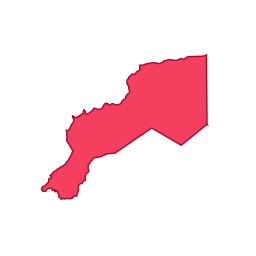 La Sorciere, Dennery, Saint Lucia, rotated 145°
{"feature_id": "8701671B33968538338102", "entity_name": "La Sorciere", "entity_type": "district", "adm_level": 2, "iso_a3": "LCA", "parent_name": "Saint Lucia", "parent_adm1": "Dennery", "projection": "albers", "projection_center": [-60.886, 13.974], "detail": "fine", "context": "isolated", "style": "filled", "palette": "rose", "viewbox_px": 256, "rotation_deg": 145, "n_neighbors": 0, "source": "geoboundaries", "source_scale": "gbopen_adm2", "svg_char_len": 5575}
<svg xmlns="http://www.w3.org/2000/svg" viewBox="0 0 256 256"><g transform="rotate(145 128 128)"><path d="M61.3,85.4L61.3,85.5L61.2,85.5L59.9,87.6L21.8,142.9L23.2,142.9L26.9,144.7L31.9,148.1L33.4,149.0L34.5,149.7L36.3,151.0L38.4,152.1L40.2,152.2L41.7,152.1L43.3,152.5L44.1,153.7L45.3,154.9L46.7,154.9L48.7,155.2L49.0,155.4L49.4,155.7L49.6,155.7L50.9,156.5L52.1,157.8L53.4,159.0L54.8,160.3L57.1,161.2L60.5,162.4L62.6,161.9L66.0,163.1L67.7,165.2L68.7,166.0L69.7,166.9L71.8,168.0L75.5,169.8L77.3,170.3L78.2,170.7L78.9,170.7L79.2,170.8L79.7,170.8L80.3,171.1L81.2,172.1L81.5,172.3L82.4,172.7L82.7,172.1L82.8,172.0L83.2,171.4L84.1,170.4L84.4,169.6L84.8,169.3L85.4,168.9L85.8,168.6L87.8,169.0L89.0,169.1L90.5,168.4L91.8,168.0L92.6,168.6L93.0,169.4L93.1,169.5L93.6,169.7L94.2,170.0L95.1,169.7L96.1,169.3L96.4,169.2L96.8,169.2L97.3,169.2L97.7,169.3L98.4,169.1L98.8,168.7L99.5,168.1L100.1,168.1L101.2,167.9L101.7,167.3L102.3,166.4L102.9,165.5L103.3,165.1L103.6,161.7L104.2,160.7L104.6,160.2L105.0,159.2L105.3,158.5L105.6,157.0L105.7,156.8L106.2,156.4L107.8,156.0L109.1,155.9L110.1,155.8L110.8,155.5L112.3,154.5L113.3,153.7L116.8,153.6L117.3,153.1L118.1,153.0L118.7,152.8L120.0,152.1L122.1,152.4L122.6,152.7L123.6,153.2L124.4,153.8L125.2,154.5L126.0,155.9L126.2,156.5L127.5,157.2L129.2,157.0L129.8,157.2L130.1,157.5L130.5,157.9L130.5,159.1L130.9,160.0L132.0,160.9L132.7,161.1L134.2,160.8L136.7,159.7L137.6,159.3L138.7,159.0L140.3,159.6L141.8,160.3L142.8,161.5L143.0,162.1L143.6,162.8L144.8,163.8L146.6,162.8L151.3,162.5L152.4,162.7L154.5,163.4L154.5,164.5L153.5,166.0L153.4,167.3L153.9,168.2L155.1,167.3L155.8,166.1L157.0,165.9L161.0,165.9L163.8,166.3L165.5,166.7L165.8,167.5L165.9,169.1L166.5,169.6L167.2,168.8L167.2,167.0L168.2,165.1L169.5,164.1L171.0,163.7L174.8,161.8L176.5,160.8L178.2,160.3L179.1,160.6L179.9,161.5L180.6,159.9L182.9,156.0L183.8,154.8L185.4,153.0L186.3,140.7L190.8,138.1L195.9,135.7L197.3,135.4L198.9,135.0L200.0,134.3L204.8,134.3L205.5,134.7L206.5,134.3L207.8,134.7L209.2,134.8L212.4,134.4L213.6,134.7L215.0,134.7L215.8,134.1L216.8,133.8L217.4,134.1L218.4,133.9L218.1,133.7L218.3,133.3L218.9,133.0L219.1,132.4L219.1,132.0L219.2,131.4L219.3,131.2L219.4,130.9L219.6,130.7L219.8,130.8L220.1,131.0L220.6,131.3L220.9,131.6L221.3,131.8L221.7,131.8L222.1,131.7L222.4,131.5L222.4,131.3L222.4,131.1L222.6,130.9L222.8,130.6L223.2,130.3L223.4,130.0L223.8,129.6L224.1,129.4L224.5,129.2L225.0,129.1L225.6,128.9L225.9,128.9L226.4,128.9L227.1,128.8L227.9,128.5L228.3,128.5L228.9,128.5L229.4,128.5L230.7,128.4L231.0,128.7L231.3,128.7L231.6,128.8L231.8,128.8L232.1,128.7L232.3,128.6L232.7,128.4L233.1,128.0L233.4,127.9L233.9,127.6L234.0,127.5L234.0,127.3L234.1,127.1L234.2,126.9L234.2,126.6L234.2,126.4L234.1,126.2L234.1,125.9L234.2,125.6L234.2,125.4L233.9,125.1L233.6,124.9L233.3,124.5L233.2,124.5L233.0,124.3L232.9,124.2L232.7,124.1L232.3,123.7L232.0,123.5L231.9,123.5L231.7,123.5L231.1,123.7L230.2,124.1L229.9,124.1L229.5,124.3L229.1,124.4L228.7,124.4L228.3,124.4L228.1,124.3L227.9,124.1L227.3,123.6L226.9,123.4L226.7,123.3L226.4,123.1L225.7,122.6L225.4,122.4L225.3,122.0L225.2,121.8L225.1,121.6L225.1,121.4L225.1,121.2L225.3,121.0L225.6,120.9L225.8,120.6L225.8,120.3L225.7,120.2L225.4,120.0L225.0,119.9L224.6,119.9L224.5,119.7L224.5,119.4L224.4,119.3L224.2,119.3L223.8,119.3L223.3,119.1L223.5,118.8L223.7,118.6L224.0,118.5L224.3,118.2L224.5,117.9L224.5,117.7L224.4,117.6L224.2,117.6L223.2,117.5L222.9,117.4L222.7,117.3L222.6,117.1L222.5,116.8L222.4,116.6L222.6,116.1L222.6,115.9L222.3,115.7L222.4,115.4L222.6,115.3L222.8,115.3L222.9,115.1L223.0,114.8L222.9,114.6L222.8,113.5L222.8,113.1L222.8,112.7L223.0,112.4L223.4,112.0L223.5,112.0L223.7,111.9L223.9,111.9L224.0,111.9L224.2,111.7L224.2,111.4L224.2,111.1L224.1,110.6L223.9,109.9L223.8,109.7L223.4,109.3L223.3,109.0L223.3,108.7L223.5,108.4L223.6,108.1L223.5,107.8L223.4,107.8L223.3,107.7L223.1,107.7L222.8,107.9L222.6,108.0L222.4,108.0L222.3,107.9L222.4,107.7L222.2,107.6L221.8,107.6L221.6,107.5L221.0,106.6L220.6,106.2L220.2,106.0L220.0,105.9L219.4,105.8L219.0,105.6L218.8,105.4L218.0,105.0L217.5,104.6L217.4,104.5L217.1,104.0L216.9,103.8L216.7,103.7L216.1,103.6L215.8,103.6L215.5,103.4L215.3,103.3L215.3,103.1L215.2,102.8L215.0,102.7L214.9,102.6L214.4,102.6L214.0,102.6L213.7,102.4L213.3,102.6L213.1,102.7L213.1,102.9L213.0,103.0L212.6,103.1L212.0,103.0L210.7,102.7L210.0,102.4L209.7,102.1L209.2,101.8L208.9,101.6L208.1,102.5L207.8,102.9L207.3,103.5L206.7,103.8L205.3,104.6L204.8,105.1L204.5,105.4L203.6,106.2L203.3,106.6L203.2,106.8L202.8,107.6L202.7,107.8L202.3,108.4L202.0,108.7L201.7,108.9L201.6,109.1L201.4,109.2L201.2,109.3L200.7,109.5L200.1,109.7L199.7,109.7L199.2,109.6L198.8,109.5L198.5,109.5L198.3,109.4L197.5,109.2L197.2,109.1L196.8,109.1L196.7,109.2L196.5,109.4L195.9,109.8L195.0,110.3L194.8,110.3L194.4,110.2L194.1,110.0L193.8,109.9L193.5,109.6L193.3,109.6L193.0,109.6L192.9,109.7L192.6,109.9L192.1,110.6L191.7,111.2L191.5,111.7L191.4,112.0L191.2,112.2L190.7,112.9L190.2,113.4L189.3,114.0L189.0,114.2L188.7,114.3L188.2,114.4L187.8,114.4L187.5,114.5L187.1,114.5L186.5,114.5L186.1,114.6L185.6,114.8L185.2,115.0L184.5,115.6L184.0,117.4L183.2,118.7L182.9,119.1L182.5,119.8L182.2,120.0L181.0,120.6L180.6,120.6L179.2,121.4L178.5,121.6L177.5,122.1L176.3,122.1L175.3,122.5L174.0,122.9L173.2,123.2L171.5,122.4L170.2,121.7L168.9,121.0L168.3,121.0L167.8,120.9L167.3,120.5L166.7,120.0L165.5,119.7L164.8,119.8L164.1,119.8L163.4,119.5L162.9,119.3L162.0,119.3L161.4,119.3L160.8,119.0L160.6,119.2L153.2,114.9L108.8,114.4L108.4,113.9L94.3,83.3L61.5,85.7L61.3,85.4Z" fill="#f43f5e" stroke="#9f1239" stroke-width="1.5"/></g></svg>